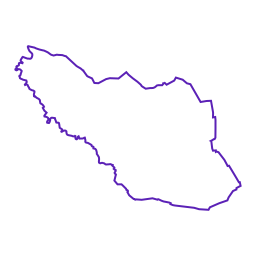 Kota Bukittinggi, Sumatera Barat, Indonesia (Mercator projection)
{"feature_id": "22746128B12322141134935", "entity_name": "Kota Bukittinggi", "entity_type": "district", "adm_level": 2, "iso_a3": "IDN", "parent_name": "Indonesia", "parent_adm1": "Sumatera Barat", "projection": "mercator", "projection_center": [100.358, -0.299], "detail": "fine", "context": "isolated", "style": "outline", "palette": "violet", "viewbox_px": 256, "rotation_deg": 0, "n_neighbors": 0, "source": "geoboundaries", "source_scale": "gbopen_adm2", "svg_char_len": 4060}
<svg xmlns="http://www.w3.org/2000/svg" viewBox="0 0 256 256"><path d="M215.5,128.2L215.5,119.8L215.2,117.0L213.0,117.4L213.1,112.9L212.9,111.4L211.0,100.8L206.5,101.0L200.6,102.0L198.5,98.3L190.4,84.2L186.9,83.3L186.2,82.7L182.7,79.7L175.9,77.6L174.2,80.6L166.6,84.7L164.8,83.0L164.7,83.1L163.2,83.3L163.1,84.1L162.2,85.2L158.3,85.2L156.9,85.5L155.8,86.5L154.6,87.4L152.9,88.0L149.9,88.1L145.7,88.7L143.0,87.0L141.7,86.1L140.8,84.7L137.4,81.7L132.8,78.3L128.5,74.7L126.3,72.2L118.5,78.5L109.8,78.2L106.1,79.1L98.4,83.2L94.7,83.0L94.3,82.9L92.8,79.9L92.0,78.4L88.5,76.8L88.4,76.8L87.1,76.0L84.0,71.7L83.3,70.5L83.2,70.5L83.2,70.4L82.9,70.3L82.4,70.0L80.7,68.5L77.6,66.7L76.5,66.0L65.9,56.2L64.8,56.0L62.3,55.1L58.4,54.9L56.8,54.7L54.9,55.2L53.6,55.5L51.3,54.8L50.6,54.4L47.9,52.4L46.7,51.8L44.1,50.6L42.2,50.2L40.6,49.8L39.4,49.5L37.3,48.8L36.1,48.4L34.5,47.6L32.3,47.1L28.3,46.2L27.9,46.4L27.8,46.9L28.2,48.2L28.7,49.5L29.6,51.2L30.1,51.7L31.8,53.3L32.3,54.1L32.3,55.6L31.9,57.1L31.2,58.3L30.1,58.8L28.4,58.6L27.5,58.6L25.5,57.9L22.8,56.9L22.4,57.2L20.8,59.8L20.6,60.5L21.3,61.6L22.6,62.6L22.4,63.2L20.8,62.8L19.3,62.9L18.9,63.5L18.9,64.8L18.8,65.3L17.4,66.1L16.8,66.1L16.4,66.6L16.4,67.5L16.9,68.1L16.5,68.6L16.1,68.7L15.4,69.2L15.4,69.7L15.9,70.1L16.5,70.3L17.1,70.1L17.5,69.5L18.3,69.4L18.8,69.1L19.9,69.4L20.4,69.6L21.7,71.0L21.2,72.6L20.7,73.8L20.7,74.4L20.4,75.2L19.8,75.6L19.5,75.7L19.3,76.1L19.4,76.5L19.7,76.7L20.0,78.2L20.8,78.7L22.5,79.4L23.0,79.7L26.3,80.5L26.7,81.7L26.6,82.5L24.9,84.6L25.1,85.0L26.5,84.3L27.7,85.1L28.2,86.5L29.0,87.5L29.3,88.7L30.3,89.4L31.9,90.2L33.4,90.6L34.4,91.3L34.5,91.9L33.9,94.2L34.0,96.2L34.6,96.6L35.0,96.3L36.5,97.7L38.9,99.0L39.9,100.2L40.0,101.5L40.4,103.3L40.8,103.6L41.7,104.0L42.7,104.9L43.3,105.5L44.0,106.8L43.3,107.4L42.8,107.9L44.4,110.7L45.3,111.5L46.2,112.3L46.6,112.7L45.2,114.5L44.7,115.2L44.3,115.9L44.5,116.5L46.5,116.9L47.5,117.5L48.0,117.9L48.5,119.5L47.8,120.6L47.6,120.8L47.1,121.7L47.1,122.6L47.9,122.9L49.0,123.0L49.5,122.3L50.1,120.6L50.2,118.7L51.2,117.9L51.9,117.7L54.9,118.1L55.1,118.8L55.1,119.2L55.2,119.6L55.4,119.8L55.8,120.9L56.3,122.5L57.1,122.7L58.0,122.6L58.8,122.9L59.2,124.1L59.7,127.7L60.3,128.2L60.8,128.5L61.2,128.7L62.0,129.3L62.2,129.6L62.4,130.0L62.2,130.5L61.8,131.0L61.3,131.4L61.3,131.6L61.6,131.8L62.2,131.6L63.0,131.0L63.8,130.7L64.9,130.5L65.7,130.7L66.4,131.4L66.4,132.4L66.7,133.9L67.4,134.8L68.6,135.2L69.6,135.4L71.7,135.8L72.9,136.3L74.6,136.3L75.0,135.9L75.4,136.1L75.4,137.8L75.7,138.9L76.4,139.3L76.9,139.2L77.5,138.3L77.7,137.1L78.1,136.6L78.6,136.3L79.5,138.6L81.2,138.5L82.5,138.5L83.6,138.2L84.1,137.8L84.8,137.6L85.0,138.1L85.1,139.1L85.4,140.0L85.4,140.8L85.3,141.8L85.9,142.5L86.7,142.7L87.9,142.9L90.9,144.6L91.5,145.0L91.6,145.7L92.0,146.3L93.0,146.6L93.5,147.0L93.4,148.4L95.3,148.9L96.1,149.9L96.2,150.1L96.8,152.4L96.8,153.9L97.7,155.2L98.9,157.2L99.0,158.2L99.1,159.0L98.9,161.4L98.9,161.5L99.0,162.6L100.2,163.3L101.6,162.9L102.5,162.9L104.3,163.4L105.3,164.2L106.0,164.5L107.3,164.4L109.0,164.3L110.2,164.1L111.2,164.4L112.5,165.7L113.1,164.1L112.5,165.8L114.4,167.6L114.3,168.4L113.8,168.9L114.7,169.7L115.7,170.1L115.7,170.9L114.6,172.8L114.8,173.4L115.8,174.5L116.7,174.1L115.9,174.5L114.4,180.6L117.5,184.3L118.4,184.3L121.5,184.3L123.2,185.9L123.7,186.4L126.1,188.8L126.4,189.9L127.4,190.2L127.9,190.8L127.9,191.6L127.4,192.1L129.2,195.3L133.7,199.0L134.6,199.0L135.2,199.7L136.4,199.4L141.7,199.8L152.5,198.3L157.5,199.7L158.1,199.2L159.2,199.6L161.5,200.7L163.7,201.5L164.9,201.7L169.4,202.6L170.7,203.2L170.4,204.1L172.8,205.1L174.9,205.5L194.2,207.8L194.5,207.9L199.1,209.2L208.5,209.8L209.9,207.3L219.3,203.2L227.4,200.4L228.6,197.4L233.0,191.0L235.9,189.7L236.4,189.5L236.5,188.0L238.6,186.9L240.6,185.9L239.8,182.2L238.9,182.3L236.8,178.7L234.0,174.0L229.0,165.7L227.6,166.0L226.6,164.0L224.4,159.9L218.5,152.2L216.7,151.6L216.3,151.7L215.9,151.9L215.8,150.4L213.0,150.7L212.2,148.5L211.3,141.1L210.9,140.9L212.6,140.0L213.7,139.2L213.9,139.1L214.6,139.1L215.4,137.7L215.5,128.2Z" fill="none" stroke="#5b21b6" stroke-width="2"/></svg>